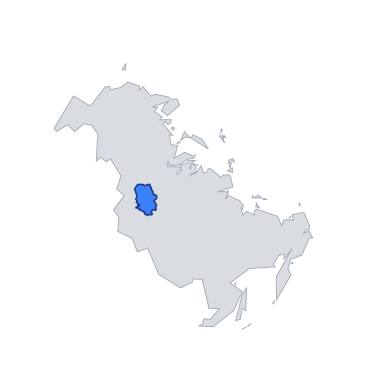 Russia, with Tomsk highlighted, rotated 60°
{"feature_id": "RUS-2167", "entity_name": "Tomsk", "entity_type": "Region", "adm_level": 1, "iso_a3": "RUS", "parent_name": "Russia", "parent_adm1": "", "projection": "orthographic", "projection_center": [83.174, 58.364], "detail": "fine", "context": "in_parent", "style": "filled", "palette": "blue", "viewbox_px": 384, "rotation_deg": 60, "n_neighbors": 0, "source": "natural_earth", "source_scale": "10m", "svg_char_len": 7155}
<svg xmlns="http://www.w3.org/2000/svg" viewBox="0 0 384 384"><g transform="rotate(60 192 192)"><path d="M319.2,241.0L311.3,253.3L311.7,249.4L307.8,245.0L311.5,239.9L306.7,226.6L301.1,235.4L273.0,227.0L267.5,234.7L270.4,236.9L269.1,250.0L246.7,261.9L218.5,258.4L216.5,269.3L202.1,267.0L189.1,276.0L177.6,268.1L168.3,268.8L161.1,252.4L151.9,255.7L142.4,245.4L122.4,246.0L123.2,250.9L116.7,253.5L117.4,259.4L94.5,244.5L84.3,245.4L78.8,251.6L81.1,263.3L71.7,266.0L71.8,279.0L67.9,279.6L49.6,246.5L66.8,237.1L57.6,214.4L59.2,210.5L62.7,211.7L65.8,201.8L64.8,192.5L74.3,184.4L77.5,187.0L76.3,181.7L88.2,179.8L88.9,175.3L97.9,164.9L101.3,163.7L103.9,158.4L110.6,159.1L113.6,174.9L106.3,178.1L102.7,172.1L102.6,168.7L101.7,167.3L98.4,184.3L101.5,179.2L103.6,184.3L112.0,180.2L113.3,183.8L119.1,173.7L121.8,176.6L121.3,179.5L117.8,179.5L118.5,183.1L133.3,180.5L131.1,182.9L140.5,186.6L144.6,181.2L153.8,190.5L154.1,178.5L162.3,172.4L163.7,173.6L161.5,178.5L161.9,191.4L157.2,198.4L153.1,197.2L157.7,200.4L164.5,190.1L166.6,189.8L167.2,195.0L170.0,196.1L168.4,190.3L162.6,188.4L164.4,182.7L163.2,178.8L166.3,173.4L166.7,180.0L170.2,181.8L171.2,181.8L167.4,177.4L170.9,175.6L177.0,178.7L175.6,183.4L176.9,185.6L177.5,178.8L173.9,170.8L181.5,172.7L182.4,169.7L180.1,166.3L181.3,164.1L194.3,159.5L192.7,156.9L195.9,150.7L208.0,153.9L204.6,169.7L208.3,162.6L211.4,161.7L213.7,165.6L214.3,166.2L214.8,166.1L213.2,162.3L223.1,155.3L229.0,154.1L232.2,157.1L229.8,157.4L237.9,159.8L235.8,154.8L243.2,149.2L239.7,147.8L238.9,144.8L255.8,130.1L266.0,131.2L262.0,126.4L266.9,118.0L261.7,116.8L265.7,105.3L281.2,107.2L283.3,109.8L281.7,112.0L283.5,116.0L284.3,110.4L292.1,110.4L290.7,113.6L301.5,128.4L299.7,140.4L306.2,147.2L313.4,147.8L327.4,172.5L307.6,161.5L291.0,133.6L296.0,145.8L291.4,143.2L290.5,149.1L295.4,157.8L298.3,157.6L286.8,180.7L290.1,204.5L303.5,198.3L315.5,215.2L319.2,241.0ZM163.0,156.3L145.1,165.6L142.9,162.4L152.0,156.8L163.0,156.3ZM302.0,192.5L321.7,204.9L317.8,206.7L326.4,213.9L325.3,218.5L306.9,200.7L302.0,192.5ZM136.1,168.5L144.7,165.9L141.0,170.1L141.6,176.0L136.1,168.5ZM227.9,141.6L227.8,136.1L232.1,134.5L227.9,141.6ZM185.8,143.2L190.8,146.9L184.9,145.9L185.8,143.2ZM183.9,139.7L187.3,140.5L183.1,142.6L183.9,139.7ZM191.6,145.0L195.6,147.0L191.4,150.7L191.6,145.0ZM233.7,134.6L234.0,132.2L236.0,130.6L233.7,134.6ZM47.5,184.8L52.9,188.7L50.9,191.1L47.5,184.8ZM154.1,136.3L156.0,136.6L152.1,136.2L154.1,136.3ZM235.7,142.0L239.4,141.4L236.3,144.4L235.7,142.0ZM129.0,177.4L126.3,178.0L126.1,176.4L128.1,175.2L129.0,177.4ZM157.7,136.9L159.6,136.9L159.9,137.9L157.7,136.9ZM162.8,138.8L161.5,140.1L160.5,139.1L161.3,138.2L162.8,138.8ZM164.3,139.6L163.1,138.9L165.1,139.1L164.3,139.6ZM143.0,177.8L142.7,181.2L141.9,178.3L143.0,177.8ZM185.1,144.2L184.0,145.2L183.0,144.1L185.1,144.2ZM159.6,135.5L161.6,135.8L160.4,136.6L159.6,135.5ZM257.5,104.5L257.3,106.1L255.3,104.4L257.5,104.5ZM153.3,134.7L154.1,135.8L151.9,134.5L153.3,134.7ZM162.6,171.3L160.5,171.3L162.7,171.1L162.6,171.3ZM209.1,159.8L210.8,161.1L208.9,160.8L209.1,159.8ZM262.6,118.4L263.2,120.0L262.5,120.5L262.6,118.4ZM159.5,139.8L158.9,138.9L160.1,140.0L159.5,139.8ZM160.7,136.8L160.8,138.1L160.0,137.0L160.7,136.8ZM335.2,206.7L336.0,208.5L336.5,211.8L335.2,206.7ZM158.0,139.1L158.1,140.4L157.3,139.9L158.0,139.1ZM170.8,175.2L169.1,176.0L168.8,175.8L170.8,175.2ZM304.2,140.7L303.5,142.1L303.0,140.2L304.2,140.7ZM234.2,141.2L235.0,142.5L233.9,142.1L234.2,141.2ZM292.6,199.4L294.3,200.8L293.2,201.2L292.6,199.4ZM327.5,174.4L329.3,177.7L328.4,177.6L327.5,174.4ZM156.5,138.7L155.5,138.7L155.4,138.2L156.5,138.7ZM172.0,172.7L171.5,174.2L171.2,173.7L172.0,172.7ZM226.5,141.4L226.7,142.5L225.4,141.1L226.5,141.4ZM335.9,216.7L335.9,212.5L336.2,217.2L335.9,216.7Z" fill="#d9dde1" stroke="#a8b0b8" stroke-width="1"/><path d="M177.8,224.5L178.0,224.8L178.6,225.3L178.8,225.5L179.4,225.3L179.6,225.6L180.3,227.0L180.5,227.4L180.5,227.5L180.4,227.6L180.3,228.0L180.2,228.1L180.2,228.3L180.2,228.8L180.0,229.0L180.2,229.3L180.4,229.4L182.1,229.5L183.1,229.1L184.6,229.1L185.6,229.3L185.8,230.0L186.5,230.2L186.7,230.3L187.5,231.8L189.0,231.6L189.1,231.9L189.1,232.0L189.7,232.7L189.7,232.8L188.7,233.3L187.8,235.1L188.1,236.2L188.1,236.3L188.3,236.5L188.4,236.8L188.5,236.9L189.7,237.1L189.8,237.1L190.1,237.4L191.2,237.3L191.3,237.4L191.3,237.5L191.3,238.0L191.5,238.5L191.4,238.7L191.2,238.9L190.9,238.8L190.9,239.0L190.8,239.3L190.7,239.3L190.6,239.5L190.4,239.6L190.2,240.1L190.1,240.6L189.9,240.7L189.7,241.0L189.9,241.2L190.0,241.2L190.1,241.3L190.0,242.1L190.0,242.3L189.8,242.5L189.7,242.5L189.5,242.4L189.4,242.4L189.3,242.6L188.9,242.9L188.7,243.1L188.5,243.3L188.1,243.7L187.7,243.3L187.4,243.3L187.1,243.5L187.0,243.4L186.8,243.3L186.6,243.2L186.5,243.3L186.6,243.5L186.6,243.8L186.3,243.8L186.1,243.7L186.0,243.8L185.9,243.8L185.9,243.7L185.7,243.6L185.4,243.5L185.2,243.6L185.1,243.8L184.9,243.8L184.7,243.8L184.7,243.7L184.3,243.6L184.2,243.9L184.1,244.1L183.8,244.2L183.8,244.3L183.7,244.4L183.3,244.6L182.9,244.9L182.9,245.0L183.1,245.2L183.1,245.3L182.4,245.4L182.2,245.4L181.8,245.4L181.7,245.5L181.5,245.8L181.5,245.7L181.3,245.7L181.2,245.7L180.1,246.2L180.0,246.4L179.9,246.5L179.8,246.3L179.7,246.2L179.3,246.3L179.1,246.3L178.9,246.4L178.9,246.6L178.9,246.8L178.7,246.8L178.5,247.0L178.4,247.2L178.4,247.3L178.3,247.5L178.2,247.7L178.2,247.8L177.8,247.7L177.7,247.8L177.7,247.7L177.4,247.7L177.4,247.8L177.3,247.7L177.2,247.6L177.3,247.4L177.3,247.1L177.5,247.1L177.6,246.9L177.5,246.6L177.4,246.5L177.2,246.3L177.2,246.2L177.3,246.0L177.3,245.9L177.2,246.0L176.9,245.8L177.0,245.8L177.0,245.7L177.0,245.4L176.9,245.5L176.8,245.4L177.0,245.2L177.1,244.9L177.2,244.6L177.3,244.5L177.2,244.5L176.8,244.0L176.7,244.2L176.4,244.1L176.2,244.2L176.2,244.4L176.2,244.5L175.9,244.6L175.6,244.7L175.4,244.7L175.1,244.9L174.9,244.9L174.6,245.0L174.3,244.9L174.1,244.9L173.2,245.3L172.9,244.8L172.4,244.2L172.2,244.1L170.6,244.3L170.2,244.4L168.6,242.2L165.9,241.2L162.4,240.6L162.2,240.5L160.5,240.1L160.4,240.0L160.4,239.9L160.3,239.5L160.2,239.4L159.8,238.5L159.6,238.3L159.5,238.2L159.5,237.2L158.6,236.2L158.9,235.8L158.9,235.7L158.7,235.2L159.2,234.8L159.2,234.6L158.8,234.1L159.0,234.0L159.0,233.7L159.5,233.3L160.2,232.5L160.3,232.4L160.4,232.2L160.3,231.6L160.3,231.4L160.7,231.3L160.8,231.2L161.0,230.8L161.0,230.7L161.6,230.3L162.3,230.3L162.7,230.2L162.8,229.8L162.8,229.7L163.0,229.6L163.0,229.4L163.1,228.7L163.2,228.1L163.1,227.9L163.2,227.7L163.3,227.7L163.5,227.3L163.5,227.2L163.4,227.1L163.3,226.9L163.4,226.5L163.5,226.4L163.9,226.2L164.0,226.1L164.0,225.7L163.9,225.7L163.9,225.4L164.0,225.3L164.1,225.2L164.2,224.9L164.3,224.8L164.5,224.9L164.9,225.0L165.2,225.0L165.5,225.0L165.8,225.3L166.0,225.4L166.3,225.2L166.5,225.2L167.1,225.3L167.6,225.2L167.8,225.4L168.0,225.4L168.1,225.2L168.3,225.2L168.5,225.2L168.7,225.3L168.8,225.3L168.8,225.5L168.9,226.0L169.0,226.0L169.3,225.9L170.0,225.9L170.7,226.0L171.2,225.6L171.6,225.6L171.8,225.5L172.5,225.7L172.5,226.0L173.5,226.4L174.2,226.2L174.4,226.3L174.8,226.7L174.9,226.8L175.0,226.7L175.3,226.5L175.4,226.4L175.4,226.0L175.4,225.9L177.0,224.6L177.8,224.5Z" fill="#3b82f6" stroke="#1e3a8a" stroke-width="1.5"/></g></svg>